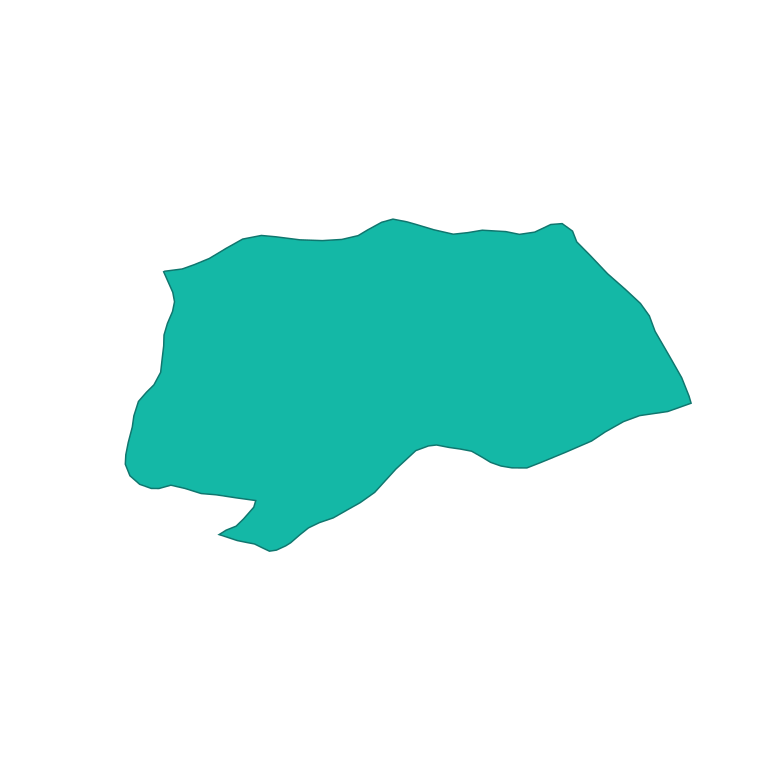 outline of Ogoouè-Lètili, Haut-Ogooué, Gabon, rotated 223°
{"feature_id": "22940354B99015789882932", "entity_name": "Ogoouè-Lètili", "entity_type": "district", "adm_level": 2, "iso_a3": "GAB", "parent_name": "Gabon", "parent_adm1": "Haut-Ogooué", "projection": "albers", "projection_center": [13.529, -2.199], "detail": "fine", "context": "isolated", "style": "filled", "palette": "teal", "viewbox_px": 768, "rotation_deg": 223, "n_neighbors": 0, "source": "geoboundaries", "source_scale": "gbopen_adm2", "svg_char_len": 1431}
<svg xmlns="http://www.w3.org/2000/svg" viewBox="0 0 768 768"><g transform="rotate(223 384 384)"><path d="M146.3,579.4L152.7,583.2L170.5,591.6L192.8,598.6L221.7,607.4L236.4,614.8L251.4,617.8L271.4,617.8L295.7,617.1L320.3,618.6L340.0,619.4L350.4,624.4L363.1,622.8L370.8,614.4L377.4,597.8L387.0,585.8L398.9,578.5L417.0,563.5L425.9,551.9L435.5,540.8L452.9,530.7L469.1,522.7L477.5,518.4L489.9,510.7L496.0,500.7L501.0,485.7L504.1,474.9L513.4,461.0L526.9,446.8L543.8,432.1L563.5,417.9L575.0,409.0L586.2,393.6L592.0,375.5L597.4,356.6L604.3,341.6L610.1,330.4L621.3,316.9L621.7,315.8L601.0,307.0L593.3,301.3L588.1,292.8L583.7,280.6L578.3,269.8L571.1,261.6L563.4,251.1L555.3,240.2L551.7,226.5L552.1,216.0L551.7,203.8L545.2,190.1L538.7,180.8L531.1,166.7L524.6,156.2L518.5,148.9L507.2,143.6L494.3,144.0L483.0,148.9L477.3,154.1L470.9,164.6L458.3,171.9L443.0,179.2L431.2,188.5L414.8,199.7L398.3,211.3L395.2,205.1L394.7,189.6L395.2,179.2L399.8,169.4L401.9,161.4L384.6,169.4L376.6,174.3L369.6,178.7L361.0,181.3L353.8,183.6L349.4,189.1L345.5,198.6L344.0,204.2L342.7,216.4L341.1,227.3L336.7,238.6L329.8,251.5L325.0,266.9L320.5,281.0L316.9,298.4L317.3,329.9L315.3,357.0L309.2,369.1L304.0,375.2L293.1,382.0L283.8,388.5L274.1,394.6L262.3,397.4L252.6,399.4L242.5,403.8L233.3,409.9L222.3,420.0L215.9,433.3L204.6,458.0L193.3,483.9L189.6,499.6L183.2,519.8L175.5,535.2L157.7,557.4L146.3,579.4Z" fill="#14b8a6" stroke="#0f766e" stroke-width="1.5"/></g></svg>